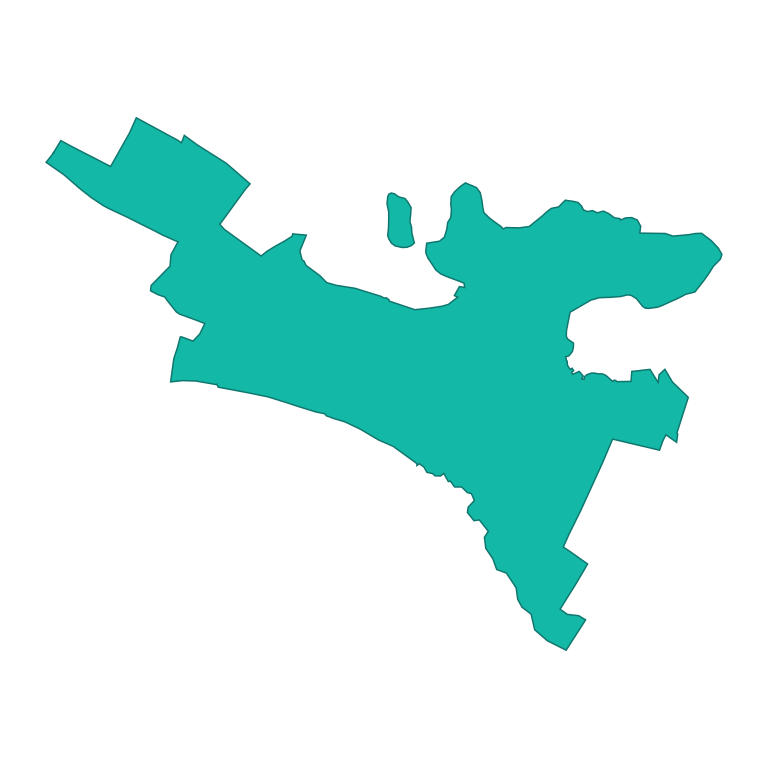 Vaini, Tongatapu, Tonga (Albers equal-area conic projection)
{"feature_id": "48082658B87920107186750", "entity_name": "Vaini", "entity_type": "district", "adm_level": 2, "iso_a3": "TON", "parent_name": "Tonga", "parent_adm1": "Tongatapu", "projection": "albers", "projection_center": [-175.201, -21.199], "detail": "fine", "context": "isolated", "style": "filled", "palette": "teal", "viewbox_px": 768, "rotation_deg": 0, "n_neighbors": 0, "source": "geoboundaries", "source_scale": "gbopen_adm2", "svg_char_len": 4128}
<svg xmlns="http://www.w3.org/2000/svg" viewBox="0 0 768 768"><path d="M136.3,117.8L133.3,124.5L129.6,132.8L110.6,166.5L79.7,150.6L70.8,146.0L60.8,140.6L53.9,152.1L54.0,152.5L53.5,152.3L52.1,154.8L46.1,162.3L64.5,175.2L71.0,180.9L77.4,186.5L81.2,189.7L91.7,197.9L103.6,205.8L108.9,208.6L127.9,217.5L138.5,222.9L144.4,225.8L153.0,230.1L162.5,235.0L175.9,241.0L178.2,241.8L177.6,242.6L173.1,250.8L171.0,254.6L170.0,266.2L151.2,285.4L150.5,290.8L157.6,294.5L164.9,297.1L166.9,300.1L176.4,312.0L179.5,314.1L191.4,318.4L204.8,323.5L199.8,333.9L193.0,341.1L182.0,337.0L180.3,336.9L177.4,347.7L173.8,358.7L170.6,381.9L182.7,380.6L195.8,381.0L216.9,384.7L217.0,384.5L218.2,387.2L244.0,392.0L267.7,396.8L286.1,402.5L299.2,406.8L316.0,412.0L324.6,413.7L326.4,415.8L334.9,418.9L344.5,421.7L354.3,426.3L358.6,428.3L361.4,429.8L378.8,440.1L393.1,446.3L416.9,463.6L416.9,465.5L419.5,463.7L424.0,467.2L426.9,472.3L432.7,473.6L434.9,475.8L440.5,476.0L443.8,473.4L448.1,481.2L448.4,481.6L450.3,481.1L454.7,487.0L461.6,487.0L467.4,492.6L471.4,493.6L474.4,500.5L468.2,507.1L467.4,512.5L474.0,520.7L476.2,520.4L479.3,519.9L488.3,531.3L484.4,537.4L485.8,548.4L492.8,558.7L496.7,569.5L506.4,573.1L516.2,587.9L517.7,599.3L522.0,607.2L531.1,614.1L534.7,629.8L547.4,640.8L565.7,650.0L566.1,650.2L585.6,619.9L578.7,615.7L567.4,614.4L560.1,609.2L577.0,582.1L587.6,564.0L571.8,552.8L563.3,547.0L568.6,535.1L580.6,510.8L602.4,463.1L612.6,439.1L659.5,450.2L662.9,440.7L665.9,434.8L676.6,442.3L677.7,434.1L676.8,433.4L680.5,421.7L688.3,397.4L680.0,389.3L672.5,382.1L664.9,369.3L659.1,374.7L658.1,382.4L650.0,369.4L642.5,370.2L637.8,370.8L631.8,371.4L631.0,381.4L620.0,381.6L616.6,381.6L615.8,380.5L614.1,380.2L612.8,381.5L605.9,375.4L602.5,373.9L599.9,373.9L596.8,373.6L594.0,373.0L591.7,373.1L590.1,373.5L588.4,374.2L587.1,374.6L584.5,376.7L584.1,379.3L581.8,379.0L583.1,375.9L579.2,371.4L572.6,374.4L571.7,372.3L573.7,370.6L572.0,368.2L570.5,369.3L569.5,368.5L567.4,365.1L567.2,361.2L566.4,360.5L566.2,358.7L565.6,356.7L567.2,356.4L568.8,355.9L570.2,354.3L571.4,352.8L572.5,351.3L572.9,349.4L573.4,347.1L573.5,343.1L567.8,339.1L566.3,336.5L566.4,332.1L566.7,329.3L570.1,312.2L590.9,300.1L599.4,297.7L610.4,297.3L612.8,297.1L620.3,296.6L627.5,294.9L631.1,295.3L636.5,298.7L642.6,306.3L645.2,308.1L648.5,308.4L653.4,307.8L657.5,307.2L661.7,305.7L668.0,302.8L677.2,298.7L681.6,296.5L686.0,294.2L694.9,292.0L703.6,280.9L709.3,272.9L713.3,266.4L720.4,259.1L721.9,254.3L718.3,248.1L711.1,240.5L701.6,233.3L695.7,233.5L688.7,234.7L673.0,236.1L665.3,233.5L639.8,233.1L640.7,226.2L637.2,220.0L631.7,217.6L625.6,217.9L620.8,220.0L619.8,218.6L614.4,217.8L608.8,213.6L603.4,211.1L597.4,212.8L592.5,210.6L587.3,211.6L583.4,209.8L581.6,206.1L578.1,202.5L573.4,201.4L565.3,200.2L558.6,206.9L551.3,208.4L547.3,211.4L542.1,216.1L529.2,226.5L518.9,227.9L506.1,227.5L503.2,228.9L500.9,226.4L494.0,221.5L489.2,217.8L483.8,212.5L482.7,206.7L481.9,200.3L480.2,192.6L476.3,187.5L465.4,182.9L460.1,186.7L454.8,191.6L451.2,196.6L450.8,204.3L451.4,209.4L450.8,217.5L447.7,222.4L446.8,229.2L444.4,237.1L439.5,241.2L426.7,243.2L425.8,250.7L426.0,253.3L428.0,258.2L432.2,264.4L435.8,270.0L440.9,274.0L446.4,276.4L454.6,279.5L461.5,282.1L464.3,283.4L464.2,284.2L464.6,287.5L459.4,286.6L454.4,295.6L457.7,297.1L448.4,304.4L441.7,306.3L429.0,308.2L414.8,309.7L389.5,301.2L388.9,299.7L386.4,297.8L383.9,298.0L381.1,296.4L355.1,288.3L336.6,285.4L326.7,282.6L319.8,275.6L306.0,265.4L304.0,261.1L302.1,259.9L301.1,256.0L299.9,251.0L302.8,243.8L306.3,235.1L292.7,233.9L292.2,236.2L284.8,240.9L274.9,246.4L267.1,251.2L261.1,256.0L245.2,244.5L224.6,229.6L219.8,224.3L221.0,222.7L222.2,221.1L245.3,189.4L250.1,183.9L226.3,163.3L197.0,144.7L184.3,135.4L181.5,142.8L177.8,140.3L166.2,134.0L148.1,124.2L136.3,117.8L136.3,117.8ZM391.3,193.0L388.8,194.2L387.7,196.9L387.0,203.7L388.7,211.9L388.7,220.2L388.5,227.7L387.7,235.6L389.0,239.3L391.6,243.3L395.1,245.9L402.1,247.5L407.0,247.3L411.4,245.6L414.4,242.9L413.6,240.1L411.9,233.1L411.5,226.9L409.9,221.8L410.7,214.0L411.1,207.6L407.4,201.4L404.9,198.5L398.8,196.9L394.6,193.9L391.3,193.0Z" fill="#14b8a6" stroke="#0f766e" stroke-width="1.5"/></svg>